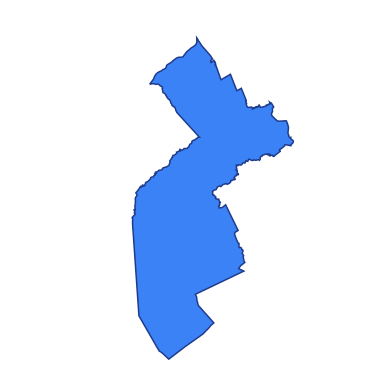 outline of Junín, San Luis, Argentina, rotated 235°
{"feature_id": "61730980B92635702663446", "entity_name": "Junín", "entity_type": "district", "adm_level": 2, "iso_a3": "ARG", "parent_name": "Argentina", "parent_adm1": "San Luis", "projection": "equal_earth", "projection_center": [-65.257, -32.22], "detail": "fine", "context": "isolated", "style": "filled", "palette": "blue", "viewbox_px": 384, "rotation_deg": 235, "n_neighbors": 0, "source": "geoboundaries", "source_scale": "gbopen_adm2", "svg_char_len": 6126}
<svg xmlns="http://www.w3.org/2000/svg" viewBox="0 0 384 384"><g transform="rotate(235 192 192)"><path d="M315.6,284.3L311.9,281.9L310.5,279.6L310.3,275.5L310.5,274.7L310.0,268.9L309.4,266.1L308.7,265.0L308.6,263.9L308.0,262.5L308.0,262.0L308.3,260.9L309.6,259.1L310.3,257.6L310.6,256.4L310.5,251.7L310.3,251.2L310.1,249.8L310.4,244.9L310.3,244.1L310.0,243.4L309.1,242.6L308.5,241.0L308.5,239.9L309.0,238.3L308.8,236.7L309.4,233.4L309.3,230.7L309.0,229.5L308.4,228.1L306.5,225.1L304.8,219.8L304.2,219.7L303.6,221.4L302.2,223.2L300.8,224.2L300.6,224.9L299.9,226.1L298.6,226.7L297.7,226.7L296.8,227.2L296.3,227.2L295.5,227.9L294.0,227.4L293.8,226.9L293.5,227.0L293.1,226.6L290.2,225.3L287.7,226.3L286.2,226.2L285.9,225.9L284.8,226.1L283.7,225.8L283.5,226.0L282.0,225.9L281.6,226.2L281.1,226.1L280.8,226.4L279.6,226.5L278.7,226.4L277.2,225.7L276.7,225.9L276.4,225.7L275.8,225.8L274.5,225.3L273.8,225.5L273.7,225.8L273.1,225.7L272.8,225.9L271.9,226.0L271.2,226.6L268.2,225.6L265.9,225.2L232.6,229.5L233.4,228.5L233.1,226.9L233.3,226.5L233.1,223.9L233.2,223.3L233.6,222.8L233.7,221.7L233.6,221.3L233.1,220.5L232.5,220.1L232.2,219.6L232.3,217.5L232.0,217.2L231.7,216.3L230.8,215.6L230.7,214.8L230.9,214.1L230.5,213.2L230.7,212.7L231.2,212.0L231.3,211.4L232.2,210.5L231.8,208.9L232.0,207.7L232.4,207.3L233.5,206.9L233.9,206.6L233.5,206.0L232.4,205.7L233.3,203.8L232.9,202.8L233.5,202.2L232.6,201.7L232.4,200.9L232.3,198.8L232.5,198.0L232.9,197.3L232.2,196.2L231.5,196.0L231.4,195.6L231.6,195.0L230.9,193.8L230.2,191.6L229.0,191.2L228.5,190.2L228.3,190.2L227.5,189.1L227.1,188.1L227.1,185.5L227.5,185.0L227.7,183.8L228.2,182.8L228.3,182.1L228.2,181.3L227.6,180.7L227.7,179.3L228.0,178.5L228.7,177.7L228.8,177.3L228.5,176.0L228.6,174.7L229.1,173.9L229.2,173.3L228.9,173.1L227.8,173.3L227.6,173.2L227.6,172.9L228.1,172.7L228.3,172.3L228.3,171.9L227.3,171.8L227.1,170.5L227.2,169.9L226.6,168.8L227.3,167.6L227.5,166.9L227.4,166.4L226.6,165.2L226.1,163.2L226.0,161.4L226.4,159.7L226.3,159.3L225.7,158.9L225.2,157.8L224.7,157.4L224.4,156.7L224.5,155.9L224.8,155.8L225.9,155.8L226.1,155.4L226.1,155.2L224.9,153.9L225.1,153.6L226.0,153.3L226.0,152.9L225.6,152.3L225.6,151.7L225.0,150.8L224.7,149.2L224.3,148.7L224.1,147.6L223.8,147.0L223.7,145.8L223.4,145.5L222.7,145.5L222.2,145.3L221.2,145.5L220.9,145.3L220.1,143.4L219.9,142.7L219.0,141.6L217.8,141.1L216.8,140.1L215.1,139.2L214.6,138.4L212.7,136.7L211.0,136.1L210.8,135.7L210.8,134.5L210.6,134.2L210.2,134.1L210.1,135.0L209.9,135.1L209.3,134.3L208.3,133.7L207.9,132.7L207.6,132.6L206.5,132.8L206.2,132.4L205.9,130.1L205.8,129.9L205.5,128.5L205.0,128.5L204.6,128.0L204.2,128.1L200.6,125.4L121.0,77.5L83.1,74.1L81.4,74.1L80.6,73.9L78.9,74.7L76.6,75.4L68.4,77.1L69.3,98.1L69.4,119.4L71.0,128.0L71.8,130.6L72.3,134.8L95.5,132.1L100.4,133.9L103.4,135.6L106.3,136.0L97.5,189.1L102.5,186.2L103.7,189.5L104.0,194.9L105.2,194.9L109.3,196.6L110.4,197.9L112.9,197.9L114.5,200.0L115.1,200.3L115.5,200.3L116.1,199.7L117.5,200.3L118.7,200.1L119.1,199.5L119.2,198.9L119.5,198.8L121.1,199.6L122.8,201.0L123.7,200.5L128.5,201.4L133.0,202.7L134.3,204.0L134.0,207.7L162.2,212.2L162.0,207.7L163.4,205.1L164.3,205.6L165.0,205.5L165.2,206.1L165.1,206.8L165.5,207.0L165.7,207.5L167.1,208.1L167.3,208.3L167.0,209.1L167.3,209.3L169.3,209.2L170.9,209.8L171.1,209.7L171.5,208.5L172.9,207.7L173.6,207.6L173.9,208.5L174.8,208.7L176.2,208.0L177.1,208.2L177.8,207.3L178.1,207.2L178.9,208.2L180.9,209.2L180.7,210.0L180.8,211.7L180.3,212.4L180.2,213.3L180.9,214.6L181.4,215.1L181.4,217.1L181.0,218.1L180.6,218.5L179.9,218.7L179.9,219.5L180.3,220.9L180.2,222.3L179.1,225.0L178.8,225.2L178.7,224.9L178.1,225.4L177.9,226.3L177.7,227.8L178.0,229.3L178.2,229.7L179.0,230.1L179.2,230.3L178.5,231.6L178.3,233.0L178.3,233.9L178.0,234.3L177.6,234.2L177.6,234.5L177.8,234.8L178.2,234.9L179.1,234.9L179.7,234.6L179.8,234.7L179.9,235.7L180.3,236.6L179.9,237.5L180.6,238.1L179.7,239.3L179.7,239.9L179.9,240.2L180.5,240.4L181.2,239.7L182.4,240.3L183.0,241.1L183.5,241.3L184.9,240.6L185.0,241.7L185.1,242.0L187.3,242.7L187.8,243.3L188.7,243.8L188.6,244.3L187.8,244.3L187.1,244.9L187.3,245.9L187.0,246.6L186.3,247.1L185.9,248.1L185.9,248.7L186.5,249.6L186.5,250.7L186.3,251.1L185.6,251.6L185.4,252.1L185.4,252.4L186.6,253.7L186.5,254.2L186.3,254.5L185.6,254.7L185.1,255.3L186.0,256.6L186.3,257.4L186.1,257.7L184.3,258.6L183.5,259.2L183.2,259.5L182.7,260.8L182.9,261.0L181.3,262.5L180.4,265.0L180.1,265.0L179.7,265.5L179.3,265.5L179.7,266.7L181.1,267.6L181.5,268.3L181.2,270.1L181.7,270.5L181.9,271.1L181.2,271.9L181.1,273.4L180.5,274.1L180.5,274.7L180.3,275.0L179.4,275.1L179.3,276.9L179.2,277.0L178.5,277.2L178.2,276.3L177.8,276.0L177.2,276.5L176.7,276.7L176.7,277.1L177.1,277.3L177.1,277.5L176.6,278.3L176.1,278.6L175.8,279.0L174.7,278.9L174.4,279.1L174.2,279.7L174.4,279.7L174.7,287.6L176.4,287.7L176.5,288.3L176.3,288.3L176.4,291.3L176.7,294.5L177.3,295.0L177.3,295.4L177.3,295.7L172.7,299.9L173.7,299.5L174.4,303.1L175.6,304.2L176.2,304.3L179.3,303.4L180.1,304.3L180.7,303.2L181.9,303.2L182.2,303.5L185.3,304.4L189.4,308.0L192.5,309.2L196.0,310.1L196.5,309.8L199.7,304.5L201.1,302.8L204.9,301.8L209.0,301.2L210.7,302.2L211.6,304.0L214.6,306.0L214.5,307.0L214.8,307.7L219.4,308.0L220.2,307.4L221.1,307.1L219.4,306.6L220.1,304.8L220.0,304.5L219.7,304.1L219.7,303.8L220.5,303.2L220.5,302.7L220.1,302.7L220.0,302.3L220.3,300.9L220.8,299.6L221.0,298.7L222.2,296.6L224.1,296.9L224.7,296.9L224.8,296.2L224.0,295.9L223.9,295.2L224.0,294.3L224.4,294.4L224.7,294.2L224.7,293.9L225.0,293.5L224.8,293.2L224.5,293.1L224.5,292.7L225.2,292.5L225.2,292.3L225.0,292.2L225.3,291.8L225.0,291.3L224.9,290.8L225.3,290.8L225.4,291.0L225.8,290.7L225.8,290.0L225.3,290.0L225.2,289.9L225.3,289.1L227.4,289.6L228.7,287.1L229.7,286.0L233.2,286.8L233.1,287.4L235.4,288.0L235.3,288.4L236.2,288.6L236.1,289.0L248.7,291.9L249.2,286.8L266.4,291.0L267.3,280.1L281.7,284.1L281.8,283.7L283.2,284.1L283.1,284.7L284.5,285.2L285.3,285.0L285.3,285.4L287.3,285.4L287.1,281.9L287.8,281.9L288.0,282.5L288.8,282.5L289.3,284.2L289.2,285.2L293.5,285.3L306.4,283.9L310.8,284.1L312.3,284.0L313.3,284.3L315.6,284.3Z" fill="#3b82f6" stroke="#1e3a8a" stroke-width="1.5"/></g></svg>